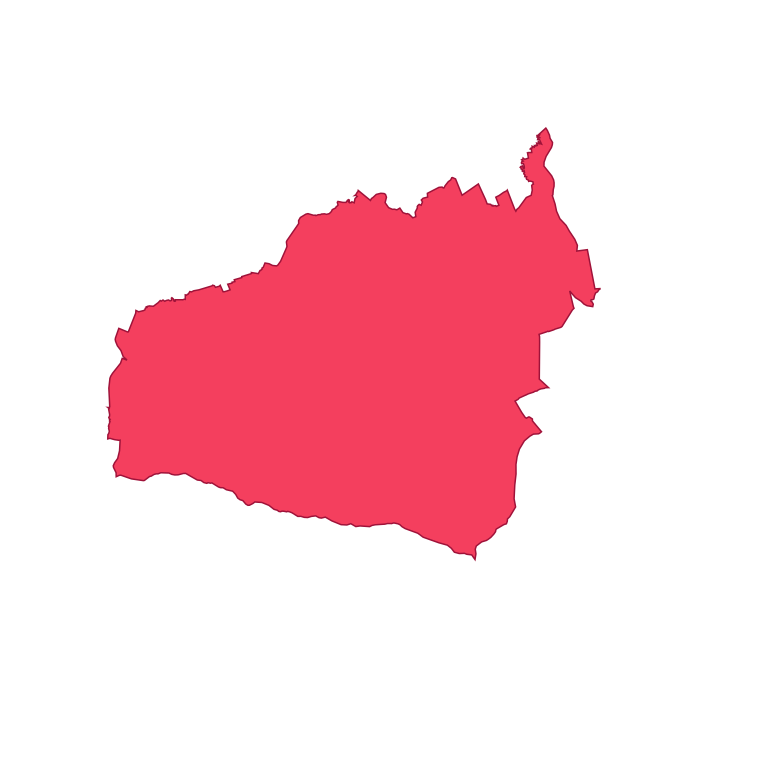 Homoroade, Satu Mare, Romania, rotated 57°
{"feature_id": "2599482B99777504625333", "entity_name": "Homoroade", "entity_type": "district", "adm_level": 2, "iso_a3": "ROU", "parent_name": "Romania", "parent_adm1": "Satu Mare", "projection": "robinson", "projection_center": [23.062, 47.634], "detail": "fine", "context": "isolated", "style": "filled", "palette": "rose", "viewbox_px": 768, "rotation_deg": 57, "n_neighbors": 0, "source": "geoboundaries", "source_scale": "gbopen_adm2", "svg_char_len": 6170}
<svg xmlns="http://www.w3.org/2000/svg" viewBox="0 0 768 768"><g transform="rotate(57 384 384)"><path d="M386.8,573.8L391.5,569.3L395.8,568.5L400.0,568.8L402.6,567.8L404.9,565.9L409.5,565.3L411.6,564.2L412.4,562.9L412.8,559.1L412.6,556.6L416.8,551.0L423.1,546.6L429.2,544.5L431.7,542.3L433.6,541.6L434.8,540.3L435.1,538.8L436.1,537.4L438.2,535.2L438.4,534.1L439.9,532.7L441.9,531.3L448.1,528.4L449.7,525.8L452.4,523.5L454.4,520.8L455.5,517.0L457.4,513.1L460.7,511.3L462.3,509.6L463.7,505.7L470.4,502.3L478.6,496.6L482.0,491.9L483.1,487.9L488.2,485.3L490.0,481.4L495.8,473.7L496.1,471.0L497.3,468.0L502.0,459.6L502.9,457.1L505.2,453.6L505.9,451.4L508.9,448.4L510.6,447.3L513.5,446.6L516.8,445.0L527.6,436.9L533.8,434.6L547.0,424.5L553.7,418.6L558.5,417.0L563.4,416.6L567.2,413.2L569.8,408.8L571.9,407.3L575.1,403.5L580.8,403.3L576.5,399.4L572.2,397.4L570.1,394.8L569.6,388.1L571.0,383.2L571.0,380.6L570.8,377.9L569.7,373.6L568.6,370.9L567.1,369.5L566.8,368.6L567.2,360.0L567.9,357.5L566.4,355.5L564.4,353.9L563.8,350.8L558.8,340.6L551.1,337.4L539.9,329.3L531.4,322.3L523.3,317.1L517.5,312.0L512.3,305.8L508.1,297.2L507.2,290.2L507.4,286.0L509.9,281.6L510.1,280.4L509.8,277.9L495.9,279.6L494.1,278.6L490.9,280.0L490.4,280.7L490.2,283.2L488.9,283.8L482.8,284.0L469.7,283.4L469.9,279.9L469.4,278.2L470.9,268.1L472.3,263.0L472.3,261.4L473.2,259.4L473.0,257.7L473.5,255.2L475.0,251.8L475.1,250.5L476.7,248.0L464.5,251.1L433.8,230.8L429.1,227.8L426.8,226.9L428.9,218.9L428.9,218.1L429.7,217.3L431.0,212.1L431.2,210.4L432.8,204.8L432.7,203.3L424.5,185.7L424.0,183.4L422.4,183.1L407.1,177.6L415.8,176.4L421.9,173.6L425.8,172.8L428.9,171.1L432.8,166.8L431.0,165.0L428.5,164.8L427.2,165.3L426.3,164.8L426.3,164.0L426.9,163.3L427.0,161.7L424.6,159.4L422.9,157.0L423.0,154.7L421.9,152.2L422.0,151.1L421.6,150.9L419.1,155.3L382.1,140.3L377.5,149.9L373.1,146.3L366.6,145.2L356.7,145.3L350.1,144.9L341.2,146.5L333.1,145.2L326.2,142.5L317.6,140.2L317.3,139.3L313.2,136.2L310.8,133.7L307.8,131.7L305.2,130.6L300.7,130.0L288.4,131.2L285.2,129.0L281.4,124.1L276.9,114.8L275.0,112.5L273.2,111.1L268.4,110.9L265.5,109.7L260.3,108.9L257.5,108.9L259.1,118.6L259.7,117.7L260.0,118.1L258.9,120.4L260.3,121.1L260.6,119.6L262.3,119.2L261.8,121.1L262.7,122.1L263.8,120.5L268.6,121.2L267.7,121.9L264.8,122.4L264.9,122.8L266.8,123.2L265.1,124.8L268.0,125.7L267.1,125.7L266.4,126.6L267.0,127.2L265.9,128.0L267.2,129.0L265.3,130.3L266.7,130.9L266.2,132.3L266.5,133.4L267.5,132.6L270.3,134.0L268.4,137.1L268.7,137.5L268.4,137.8L273.2,139.8L272.2,143.6L270.3,144.3L271.0,144.9L270.9,146.5L272.9,145.9L272.6,147.3L273.4,148.4L274.3,148.5L275.1,147.1L277.6,147.7L279.4,148.7L279.5,149.3L279.0,149.6L276.5,149.1L276.1,150.9L276.5,151.8L277.4,151.4L278.3,151.9L279.7,151.0L280.6,152.1L281.6,151.7L281.5,150.3L283.2,151.0L283.4,151.9L283.9,152.3L285.6,151.9L286.7,153.0L287.9,151.5L288.8,152.6L290.0,152.9L291.2,152.0L292.9,152.3L293.2,151.1L295.5,149.0L297.7,149.9L297.4,150.3L297.9,152.0L302.2,154.1L305.9,157.8L305.1,163.1L309.6,174.9L309.9,177.4L310.9,179.3L308.5,179.2L288.5,175.0L288.8,175.7L288.4,179.4L288.6,184.7L288.2,188.5L296.7,190.3L296.2,193.1L295.3,193.1L294.2,195.4L293.4,195.4L293.5,196.3L291.4,196.7L289.1,199.4L284.6,198.4L267.6,195.9L268.2,215.7L251.0,212.3L248.2,214.1L247.9,214.8L249.2,217.0L249.3,219.8L251.0,224.8L252.2,226.8L251.9,227.5L250.5,228.0L249.0,230.8L247.7,243.8L251.0,245.6L249.5,250.0L250.0,252.5L252.3,252.6L254.3,255.5L252.5,256.7L252.8,258.6L253.5,259.7L254.5,260.1L256.9,264.3L261.0,266.2L260.3,269.3L255.3,270.5L253.8,271.6L253.5,272.6L250.6,274.8L245.1,274.9L245.0,277.8L244.7,278.6L243.1,280.0L242.1,281.8L238.6,284.1L232.5,284.3L228.7,280.2L225.8,279.5L224.3,280.2L222.3,282.8L220.8,287.2L221.6,291.8L221.6,293.5L222.7,295.4L207.6,300.2L208.5,301.1L208.6,302.0L209.9,304.5L210.0,305.7L210.4,304.9L212.1,304.3L212.7,307.3L215.8,310.3L213.7,311.7L214.1,312.5L213.6,313.6L212.2,313.8L210.8,312.9L210.1,313.3L210.2,313.8L211.7,314.5L210.1,314.7L211.0,317.0L209.2,319.7L205.8,323.2L206.2,324.2L208.9,325.1L209.3,326.1L209.2,327.3L210.0,328.7L209.6,332.4L210.7,334.2L211.3,337.1L210.4,339.8L208.9,341.2L207.4,343.9L207.3,345.1L206.2,346.9L205.7,349.4L205.0,349.6L204.2,351.1L199.7,355.0L199.0,357.0L198.8,363.5L200.4,366.6L203.0,368.2L210.8,387.2L211.7,388.5L215.7,390.4L216.7,391.6L224.7,403.8L226.4,408.1L226.5,409.7L223.9,412.9L220.5,414.9L217.7,417.9L220.4,421.8L220.3,423.1L221.4,424.0L221.2,424.6L221.6,425.4L221.3,426.2L223.0,429.3L218.3,434.5L219.1,434.8L219.1,435.4L216.4,444.8L217.3,445.3L215.0,452.8L216.9,453.3L215.9,456.0L216.5,456.2L216.6,456.7L215.2,460.7L221.2,461.8L220.5,464.9L219.7,467.5L219.0,468.7L212.0,467.6L212.3,468.9L211.1,472.7L209.2,472.7L207.8,473.9L208.0,474.9L204.2,488.0L202.2,492.8L201.9,495.3L200.7,496.5L202.0,499.2L201.7,499.9L202.0,501.2L201.0,502.1L204.8,504.6L204.1,505.4L203.8,506.8L199.6,513.2L200.8,513.8L200.7,514.4L200.2,514.9L197.7,514.4L196.1,514.9L196.2,515.5L198.1,516.7L198.0,517.6L197.7,518.2L196.2,518.9L195.4,521.0L195.2,522.8L193.2,523.6L193.2,525.6L192.1,526.2L192.8,529.2L193.2,535.1L190.7,538.3L190.1,540.0L190.4,540.6L190.0,540.6L189.8,541.5L190.5,541.8L190.5,543.0L191.6,544.1L191.5,545.6L189.8,550.4L187.2,552.0L189.4,553.7L201.0,570.0L200.7,570.7L192.9,576.1L199.1,584.1L200.3,585.2L202.1,585.9L206.8,586.8L212.7,586.4L219.0,587.8L223.3,586.6L223.5,586.9L219.9,589.6L223.1,593.7L227.2,605.9L228.6,608.9L229.9,610.7L237.6,617.0L253.7,626.4L254.1,627.2L253.4,628.2L255.3,627.3L254.1,628.2L260.1,630.7L261.5,631.7L262.1,633.0L263.5,633.3L264.3,633.0L264.3,633.5L264.8,633.5L265.5,634.4L266.2,634.2L269.3,638.1L270.0,638.0L271.2,639.1L274.0,640.1L275.5,641.7L276.1,643.1L279.6,645.6L280.3,643.5L283.9,640.3L287.0,636.8L287.4,635.9L296.0,642.2L301.4,647.9L303.3,652.8L305.1,655.6L306.7,656.3L312.5,657.0L315.9,659.1L316.4,655.8L317.1,654.4L326.0,647.5L334.0,638.4L334.4,637.4L333.9,631.0L334.5,629.4L334.6,626.1L335.3,623.9L336.3,622.4L336.9,619.5L341.5,612.9L344.2,611.2L346.4,608.9L348.1,606.0L349.7,601.1L351.0,599.0L362.8,592.9L365.3,590.0L368.5,588.8L370.8,586.7L370.9,585.4L372.8,583.4L373.2,582.2L380.2,578.9L381.8,577.7L383.4,575.4L386.8,573.8Z" fill="#f43f5e" stroke="#9f1239" stroke-width="1.5"/></g></svg>